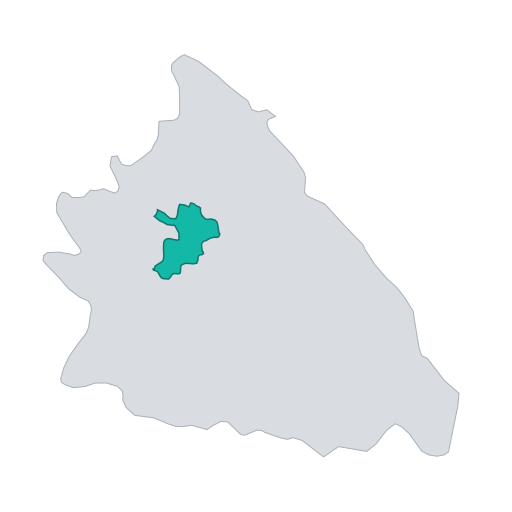 Sarajevo highlighted on a map of Bosnia and Herzegovina, rotated 184°
{"feature_id": "BIH-2890", "entity_name": "Sarajevo", "entity_type": "Canton", "adm_level": 1, "iso_a3": "BIH", "parent_name": "Bosnia and Herzegovina", "parent_adm1": "", "projection": "equal_earth", "projection_center": [18.322, 43.843], "detail": "fine", "context": "in_parent", "style": "filled", "palette": "teal", "viewbox_px": 512, "rotation_deg": 184, "n_neighbors": 0, "source": "natural_earth", "source_scale": "10m", "svg_char_len": 3314}
<svg xmlns="http://www.w3.org/2000/svg" viewBox="0 0 512 512"><g transform="rotate(184 256 256)"><path d="M441.4,116.6L442.3,119.8L440.0,130.9L435.3,142.9L427.8,155.4L420.0,167.2L417.9,173.4L417.4,183.3L416.4,191.2L417.5,195.4L420.2,199.4L429.0,202.6L440.9,210.4L451.0,220.7L464.0,232.3L468.1,236.6L468.1,241.3L464.4,244.8L453.3,246.1L441.8,245.0L437.3,243.9L433.2,245.3L430.7,247.9L432.1,251.1L444.0,265.3L457.8,285.6L458.7,294.4L457.0,301.3L453.9,306.1L448.1,305.3L443.8,301.6L437.1,301.8L432.0,302.9L425.4,310.3L422.0,309.9L416.3,311.1L412.7,312.5L406.9,310.4L400.9,308.9L398.3,311.2L397.2,315.5L400.9,323.4L408.0,335.7L406.9,345.1L401.5,346.2L396.6,338.3L392.3,337.1L387.3,337.3L376.0,346.4L367.7,354.1L365.8,359.4L362.8,365.3L361.9,369.5L362.1,383.6L347.0,385.8L343.9,387.9L342.1,392.2L343.3,410.3L344.6,420.0L353.2,435.0L353.5,439.8L352.3,442.9L346.2,448.9L343.2,451.0L341.3,451.7L331.2,447.8L326.5,445.9L306.4,432.6L297.5,425.3L283.5,415.6L274.9,410.1L270.5,401.8L263.6,399.9L255.5,402.6L246.3,396.6L252.8,393.4L254.5,390.5L253.7,386.6L250.8,381.4L226.1,358.7L214.1,343.2L212.1,337.7L212.0,322.9L209.2,319.4L191.1,312.7L170.9,293.5L150.2,274.8L147.4,269.6L136.7,255.4L123.7,242.5L113.3,234.3L104.9,225.0L95.5,212.0L90.9,192.3L86.7,174.8L83.8,168.1L77.8,165.7L59.5,145.0L43.9,133.1L44.2,120.1L47.1,98.6L50.3,74.1L54.2,70.8L61.4,68.9L69.6,69.6L76.7,72.6L90.7,89.3L98.7,95.8L105.5,98.4L113.5,91.3L123.4,76.6L131.9,68.8L160.4,71.6L174.6,60.3L197.1,75.2L206.5,77.4L211.8,75.3L218.9,76.3L234.8,80.6L238.5,82.5L243.3,82.2L255.1,76.3L259.1,77.1L272.6,88.5L279.3,88.6L287.5,83.7L292.7,79.4L308.2,82.6L317.1,80.7L324.4,80.5L332.4,82.5L339.7,85.1L346.8,87.4L365.9,88.6L375.1,95.9L378.8,102.9L378.9,107.2L379.8,111.8L385.1,116.3L396.6,118.9L403.9,118.3L407.7,118.0L417.5,113.9L429.1,111.9L437.5,114.3L441.4,116.6Z" fill="#d9dde1" stroke="#a8b0b8" stroke-width="1"/><path d="M357.8,235.8L356.6,235.9L355.9,238.9L352.5,241.5L349.2,244.0L348.1,246.1L347.9,249.6L348.6,254.7L348.9,259.1L348.9,263.6L348.0,265.5L346.2,266.9L342.9,267.3L339.9,266.7L335.3,266.3L333.9,267.1L334.2,270.0L334.5,273.3L337.5,278.2L338.9,280.7L341.9,280.9L346.7,281.1L350.2,282.8L354.8,284.6L360.3,288.5L360.0,288.8L358.7,290.2L357.8,292.3L357.4,294.1L357.5,295.3L353.7,293.7L350.1,292.1L347.3,289.6L344.2,287.5L342.0,287.5L338.6,287.5L337.3,291.1L336.9,297.0L336.1,301.5L335.2,302.3L334.2,302.0L331.1,302.0L328.5,301.0L326.4,300.3L325.4,302.4L324.9,304.3L324.6,304.3L323.3,304.1L322.2,303.9L321.8,303.8L321.4,303.5L319.0,301.9L315.9,300.8L314.7,299.9L314.7,299.0L314.6,296.8L313.0,292.8L312.9,292.8L310.1,290.2L309.3,289.5L309.1,289.4L306.8,289.1L304.2,289.7L303.4,289.8L302.8,289.7L299.3,288.9L297.4,287.2L296.6,285.3L295.7,281.6L295.7,281.3L295.6,280.8L294.5,276.7L293.6,275.4L294.1,273.6L295.4,272.0L299.7,271.7L303.2,270.4L306.7,268.0L309.1,267.1L310.6,265.7L311.1,264.3L311.0,261.9L310.0,257.4L309.1,256.4L308.8,256.1L308.6,254.7L309.9,253.5L311.1,253.5L312.7,252.8L313.7,251.4L313.7,247.6L314.5,244.8L317.8,243.8L321.6,243.9L326.0,243.8L329.1,242.2L330.4,240.6L330.3,235.9L330.4,233.8L331.7,232.8L334.5,232.8L336.7,232.8L338.6,231.4L340.0,228.8L341.2,227.4L341.6,226.9L343.9,226.9L345.8,226.9L348.1,227.2L349.8,228.6L351.5,231.1L352.6,233.0L354.5,234.2L357.2,234.7L357.8,235.8Z" fill="#14b8a6" stroke="#0f766e" stroke-width="1.5"/></g></svg>